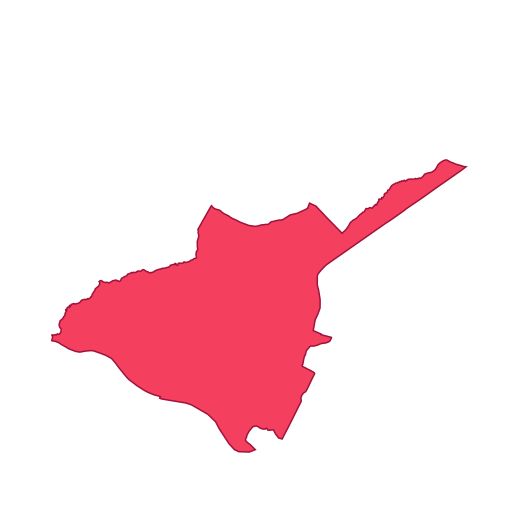 Oboga, Olt, Romania (Mercator projection), rotated 119°
{"feature_id": "2599482B49636581279987", "entity_name": "Oboga", "entity_type": "district", "adm_level": 2, "iso_a3": "ROU", "parent_name": "Romania", "parent_adm1": "Olt", "projection": "mercator", "projection_center": [24.07, 44.419], "detail": "fine", "context": "isolated", "style": "filled", "palette": "rose", "viewbox_px": 512, "rotation_deg": 119, "n_neighbors": 0, "source": "geoboundaries", "source_scale": "gbopen_adm2", "svg_char_len": 6141}
<svg xmlns="http://www.w3.org/2000/svg" viewBox="0 0 512 512"><g transform="rotate(119 256 256)"><path d="M354.6,380.8L354.8,380.1L355.1,379.7L356.2,379.2L357.7,379.0L358.6,379.1L362.4,380.6L364.9,380.3L366.5,380.6L367.5,380.5L368.9,380.7L370.5,380.2L371.1,380.2L371.7,380.6L373.3,380.7L374.1,381.4L374.9,381.8L375.0,382.0L374.8,382.4L375.0,382.7L376.1,383.1L376.4,383.4L376.7,383.8L376.7,384.3L377.3,385.2L378.8,386.8L379.8,387.3L381.5,387.4L383.7,388.6L384.4,389.5L385.7,391.0L385.9,391.4L385.9,392.4L386.0,392.6L387.2,393.3L387.7,394.0L388.4,393.9L388.9,394.3L389.9,393.9L390.2,394.0L390.3,394.2L390.0,395.0L390.6,394.9L390.8,394.2L391.0,394.2L391.6,394.6L391.7,395.4L392.1,395.8L392.8,396.1L393.7,395.7L394.3,395.6L394.8,396.3L395.2,396.4L395.7,396.1L395.5,395.3L395.7,395.1L397.1,395.2L398.2,395.1L399.1,395.1L400.0,394.4L400.5,394.4L402.2,394.7L404.6,394.7L407.6,395.9L410.7,395.2L411.7,394.8L412.6,394.1L413.8,392.6L413.9,392.1L414.0,391.4L414.3,391.2L414.9,390.8L417.2,389.7L418.1,390.0L419.3,389.9L420.0,390.3L420.3,390.9L420.3,391.9L420.8,392.2L421.4,392.2L421.8,392.5L422.0,393.3L422.4,393.7L423.0,393.9L423.5,395.4L423.9,396.1L424.0,396.2L424.5,395.9L425.2,394.8L425.7,394.5L429.0,393.7L428.9,392.7L427.8,389.8L427.5,386.5L427.5,384.8L427.7,384.3L427.9,374.5L426.9,367.5L425.5,363.5L421.7,358.9L418.9,354.7L417.8,352.4L416.5,345.0L415.7,339.2L415.7,332.6L417.6,327.3L420.2,321.7L424.9,309.9L425.7,307.1L427.1,297.5L427.7,288.6L427.6,283.9L426.8,277.6L425.6,273.1L425.4,271.4L427.0,271.4L426.9,269.5L418.5,245.9L417.5,240.3L417.8,221.4L420.6,210.9L425.0,204.3L433.3,188.5L435.8,181.0L435.5,176.2L430.7,166.8L425.7,162.7L423.6,170.1L423.5,171.7L423.2,173.3L422.4,175.6L421.4,176.2L420.3,176.5L419.0,176.4L416.9,177.1L412.7,177.1L408.6,176.4L406.5,175.7L404.9,173.9L404.5,173.2L404.4,172.5L404.3,170.6L404.5,169.5L404.2,166.8L403.8,165.5L403.3,164.6L402.7,163.9L401.5,163.3L402.6,160.9L399.6,156.5L402.1,152.8L404.2,148.0L403.4,144.4L398.8,144.6L389.2,144.8L361.3,146.0L360.4,146.4L358.8,147.6L357.8,148.1L356.5,148.3L354.7,148.3L353.8,148.2L352.5,147.8L350.5,146.8L349.3,146.7L346.1,146.8L335.0,147.5L331.1,147.6L330.2,147.8L329.7,149.6L330.0,161.8L329.7,162.3L329.2,162.6L328.0,162.6L326.3,163.1L322.3,164.5L320.0,165.0L318.5,164.9L315.0,165.9L314.1,166.0L308.7,164.9L308.2,164.5L306.6,161.6L303.8,158.7L302.0,157.4L300.6,156.1L298.2,152.8L296.4,151.2L295.1,150.4L293.9,150.1L291.1,150.3L290.6,150.6L292.8,159.1L293.2,161.1L292.7,161.1L293.5,169.8L283.1,173.3L276.2,173.8L270.8,174.7L269.6,175.2L263.9,178.3L262.1,179.5L255.4,184.8L252.5,187.6L251.0,188.7L244.1,192.5L242.5,193.0L240.6,192.9L237.3,192.3L231.7,190.9L229.9,190.3L226.5,188.7L164.0,158.2L160.8,156.4L153.5,152.8L144.0,148.3L141.9,147.5L124.2,138.6L109.1,131.4L81.9,118.1L76.2,115.6L77.0,117.6L77.5,120.5L78.9,126.2L79.0,128.7L79.5,131.0L79.5,135.4L79.8,136.3L80.1,136.7L81.6,138.2L85.2,140.2L86.1,140.5L88.0,141.0L93.2,141.0L94.7,141.5L97.5,142.9L99.8,145.6L102.1,147.8L103.3,148.3L104.7,148.4L106.8,149.0L108.3,149.7L108.6,151.0L109.4,151.4L109.9,152.2L110.6,152.7L110.8,153.0L110.9,154.0L111.0,154.3L112.2,155.1L113.0,156.3L113.3,157.4L114.3,158.7L114.7,159.6L115.9,160.7L117.0,160.8L117.9,161.2L118.0,161.5L117.8,162.3L117.9,163.1L119.3,163.4L119.4,163.7L119.4,164.3L119.6,164.9L120.6,165.1L120.7,165.3L120.8,165.9L121.0,166.2L121.9,166.4L122.2,166.7L122.5,167.4L123.6,167.7L124.5,169.1L125.7,169.7L126.7,170.5L127.6,170.9L128.5,171.4L129.8,171.6L133.5,171.6L134.2,172.4L134.5,172.6L137.2,172.2L137.4,172.3L137.8,172.6L137.9,173.0L138.2,173.2L139.5,173.8L139.9,173.7L140.8,173.2L141.3,173.1L143.3,173.3L143.7,173.6L143.9,174.4L144.1,174.4L144.3,174.4L144.8,173.7L145.1,173.7L145.8,174.2L146.1,175.1L146.6,176.0L146.8,176.1L147.4,175.8L147.7,175.4L148.1,175.3L148.4,175.3L149.6,175.6L150.2,175.4L151.2,175.6L152.4,175.2L152.7,175.2L152.9,175.5L152.9,176.2L153.1,176.6L154.8,176.7L155.6,177.4L157.1,177.3L157.5,177.4L157.9,177.7L158.1,178.0L158.1,179.2L158.4,179.6L159.0,180.3L160.3,180.8L160.6,181.3L160.8,182.4L161.4,182.8L163.2,182.8L164.4,182.7L165.0,182.8L165.9,183.8L167.4,184.2L169.5,185.2L173.9,186.2L175.8,187.2L177.5,188.4L180.8,189.6L181.6,189.7L185.0,189.6L189.7,190.2L193.5,191.5L194.4,191.6L188.1,212.8L183.3,227.8L183.8,234.8L189.2,234.0L189.5,234.3L190.7,234.8L198.6,240.6L203.0,245.5L203.9,246.3L208.2,248.5L211.3,250.3L212.2,251.2L213.4,253.3L218.6,259.1L219.3,259.6L221.8,260.4L222.6,260.9L223.5,262.6L225.1,264.7L226.4,266.6L228.7,268.8L230.4,270.9L232.7,276.9L234.1,286.1L234.2,290.7L234.6,294.8L234.6,296.4L234.2,299.7L234.5,304.9L234.1,307.3L233.6,309.5L233.7,310.5L234.5,314.0L234.7,315.1L234.5,316.4L234.1,318.1L233.5,319.2L233.9,319.4L235.5,319.5L260.9,319.7L262.4,318.4L263.3,318.2L266.4,315.6L271.9,314.4L274.3,312.9L275.4,312.4L275.9,312.0L277.4,311.1L278.0,310.4L278.9,310.1L281.0,310.2L282.0,310.0L282.6,309.5L283.2,309.5L284.2,309.0L285.7,307.7L286.6,307.3L287.0,307.4L287.9,308.5L288.8,309.2L290.3,309.7L291.0,310.6L291.3,310.9L293.4,311.8L295.2,313.7L295.5,314.2L296.0,315.9L296.5,316.3L297.1,316.0L298.9,318.2L299.1,319.2L300.1,320.4L300.5,320.4L300.6,320.1L300.8,320.0L302.0,320.2L302.5,320.8L302.3,321.6L301.5,322.3L301.6,322.9L301.9,323.3L302.7,322.9L302.9,322.9L303.1,323.1L303.4,324.1L305.6,326.4L306.7,326.4L308.4,327.2L309.2,328.4L311.3,330.2L311.4,330.4L311.4,330.8L311.8,331.2L312.1,331.9L312.5,332.2L312.8,332.6L313.5,332.8L313.7,333.2L314.0,333.3L314.4,334.2L314.9,334.6L317.7,337.1L318.5,337.2L319.1,337.8L319.8,338.0L321.0,339.2L321.5,340.1L322.2,340.5L322.5,340.8L322.5,341.1L322.2,342.7L322.6,344.0L322.6,344.5L322.4,345.4L322.5,346.1L322.4,347.2L322.4,347.6L322.6,348.0L323.4,348.8L325.3,349.4L325.5,349.6L325.8,350.9L326.3,351.9L327.1,352.5L328.3,352.9L328.7,353.2L329.8,355.4L330.5,355.8L330.6,356.0L330.7,356.8L332.1,357.6L334.1,359.4L336.0,359.6L337.1,360.3L338.0,361.2L340.1,362.2L340.6,362.7L343.8,362.6L344.3,362.8L344.5,363.6L344.5,364.4L345.2,365.4L344.8,366.2L344.9,366.8L347.0,369.2L350.7,371.4L350.9,371.7L351.0,371.9L350.9,372.9L351.4,373.6L351.7,374.4L352.5,375.6L352.6,376.4L352.8,376.8L352.5,378.3L352.6,379.7L353.6,380.6L354.6,380.8Z" fill="#f43f5e" stroke="#9f1239" stroke-width="1.5"/></g></svg>